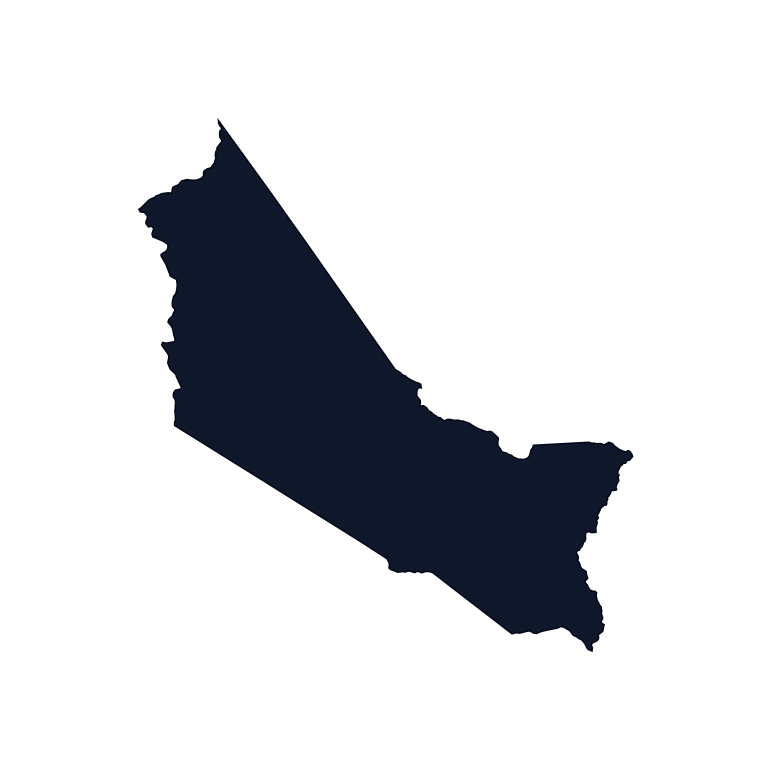 Loreto, Maranhão, Brazil (Robinson projection), rotated 110°
{"feature_id": "56859067B64584099419455", "entity_name": "Loreto", "entity_type": "district", "adm_level": 2, "iso_a3": "BRA", "parent_name": "Brazil", "parent_adm1": "Maranhão", "projection": "robinson", "projection_center": [-45.236, -7.204], "detail": "fine", "context": "isolated", "style": "filled", "palette": "ink", "viewbox_px": 768, "rotation_deg": 110, "n_neighbors": 0, "source": "geoboundaries", "source_scale": "gbopen_adm2", "svg_char_len": 4664}
<svg xmlns="http://www.w3.org/2000/svg" viewBox="0 0 768 768"><g transform="rotate(110 384 384)"><path d="M563.8,97.2L560.5,98.0L558.4,100.0L555.9,99.6L554.2,97.7L552.9,96.4L550.9,95.4L548.9,95.5L546.4,97.0L544.9,96.0L542.8,94.5L541.1,93.9L539.4,94.2L537.2,94.6L534.9,94.8L534.4,97.6L532.4,99.0L530.7,98.3L528.6,98.7L527.0,100.0L525.3,101.3L522.6,101.8L521.3,102.8L519.2,103.7L518.1,105.9L516.1,107.6L514.8,109.4L511.9,111.4L509.8,112.4L507.5,112.8L506.6,114.6L507.3,117.0L507.2,119.9L506.0,121.4L505.0,122.8L503.2,124.4L502.1,126.7L500.0,127.6L496.9,126.1L495.4,127.4L493.3,128.8L491.1,129.9L490.3,132.9L490.0,135.1L488.6,136.7L486.3,138.5L485.0,139.5L483.7,141.6L481.0,141.9L478.7,143.3L477.3,145.2L475.5,145.7L474.2,144.8L473.2,143.5L471.1,143.4L469.2,142.4L466.7,142.2L465.1,142.4L462.7,141.4L460.4,141.6L457.5,143.0L454.3,143.3L452.6,141.0L452.6,138.1L452.0,136.5L450.8,134.1L448.9,134.8L447.0,135.7L445.4,135.9L443.1,136.0L441.0,136.4L439.5,137.7L436.5,136.7L434.4,138.6L430.5,138.0L426.7,137.8L425.2,137.3L424.0,136.2L422.3,135.7L421.9,133.9L420.3,133.7L418.6,134.6L416.8,134.4L414.9,134.6L413.8,135.9L412.8,134.5L410.5,134.0L408.3,133.8L406.2,133.8L405.2,131.1L403.8,129.2L401.5,130.8L398.0,131.0L394.7,130.2L393.0,131.2L391.1,132.3L389.3,131.9L388.2,133.8L385.7,134.3L383.6,134.2L382.0,133.9L380.4,133.8L378.8,132.7L376.8,132.1L376.0,130.2L374.4,129.6L372.3,129.1L371.7,127.2L367.0,125.5L365.0,127.4L363.2,130.0L363.2,132.0L364.7,132.9L365.3,135.2L365.3,137.6L365.0,141.0L364.4,142.6L363.4,146.3L362.0,148.5L361.8,150.6L361.9,152.8L365.8,156.2L365.9,160.2L367.6,164.3L367.7,166.5L368.6,168.2L368.6,171.4L390.5,222.7L393.0,222.4L395.6,223.3L400.1,222.8L402.0,222.9L404.7,223.8L405.7,225.1L406.9,226.2L408.7,232.3L408.5,234.9L408.3,237.7L407.4,239.7L407.6,242.3L407.0,246.1L407.3,248.3L407.3,250.2L405.5,251.9L404.1,254.3L401.8,256.5L399.0,257.3L395.7,258.1L394.3,261.1L392.2,266.2L392.4,268.6L393.8,270.9L393.7,280.6L392.5,287.4L391.8,290.0L391.7,292.8L391.8,295.3L391.8,297.3L392.5,298.9L392.5,301.8L393.9,304.9L394.3,306.5L394.6,309.5L395.4,312.0L398.1,314.9L396.4,320.0L397.1,322.0L396.3,323.8L395.6,327.5L394.4,329.7L394.0,332.8L391.7,335.9L390.9,339.6L392.6,342.9L389.5,343.3L387.0,344.4L383.9,349.2L378.9,350.8L376.9,350.7L375.2,349.7L374.9,347.6L371.7,349.4L371.3,352.1L371.5,354.7L371.0,360.1L369.9,365.0L369.1,366.5L369.3,368.6L368.6,370.9L367.7,372.4L366.9,376.8L366.5,378.5L317.3,449.0L291.8,485.5L273.9,511.1L270.6,515.9L265.9,522.8L244.6,553.6L236.8,565.0L193.0,629.7L195.4,628.6L197.6,626.6L198.6,624.4L200.8,623.8L202.2,624.7L204.7,624.2L208.4,622.6L210.2,619.9L212.3,619.4L214.6,620.4L216.9,621.0L219.0,621.7L220.8,621.1L222.8,621.5L224.4,621.3L226.9,620.7L229.7,619.2L231.6,619.3L234.6,619.0L237.6,620.1L239.7,620.2L242.7,624.1L245.6,626.0L247.4,625.8L249.5,624.8L252.3,625.4L253.8,626.7L256.0,629.2L257.5,632.1L258.7,636.2L259.3,639.0L260.8,641.3L262.2,643.5L265.0,644.6L267.0,645.2L269.6,648.0L271.2,649.6L274.0,649.5L275.4,648.8L277.6,649.5L278.0,651.9L281.1,657.9L283.3,660.1L285.3,662.6L287.2,663.4L289.3,665.9L291.3,667.7L294.2,669.1L301.4,672.5L303.7,674.1L305.6,671.9L304.7,667.8L307.0,664.0L309.1,663.1L313.3,663.2L315.0,662.2L317.0,659.0L315.8,657.5L315.5,655.5L316.8,653.6L322.5,653.3L324.8,651.5L325.3,640.7L326.4,635.8L327.8,634.3L330.5,633.5L334.3,634.4L336.6,636.6L338.8,637.8L340.3,636.8L346.3,629.7L354.0,623.0L355.5,621.9L356.1,619.5L356.7,614.7L361.3,612.3L366.1,611.0L370.2,610.6L373.7,611.7L379.3,611.0L383.0,609.6L384.3,608.4L385.1,606.3L386.7,605.7L389.5,606.2L391.9,606.0L397.0,608.3L399.8,608.1L402.5,603.4L404.0,602.1L405.5,600.8L408.1,599.3L409.9,598.2L412.3,596.4L414.2,595.2L416.0,595.5L420.3,602.9L420.6,606.2L423.4,606.4L427.9,599.8L430.1,596.8L431.7,595.7L434.8,594.9L438.0,594.5L441.3,591.7L443.3,589.7L445.0,585.4L446.3,582.8L448.0,581.7L456.6,573.1L458.3,573.5L461.3,578.0L464.1,578.6L466.4,578.3L468.1,577.5L470.0,575.0L472.1,573.7L479.7,571.5L481.3,571.2L482.9,570.2L484.4,569.6L488.9,567.7L491.3,567.7L494.6,566.6L516.3,463.9L525.2,422.5L532.7,387.0L540.1,352.2L547.1,321.6L550.2,318.1L552.2,317.1L555.2,316.4L556.0,314.4L556.0,310.7L556.2,306.9L553.8,302.0L553.3,299.5L551.7,297.7L550.9,295.4L550.8,292.5L550.6,290.5L548.8,289.0L548.3,286.6L548.6,284.2L545.8,280.5L544.8,277.3L544.6,273.9L546.3,268.3L551.6,252.0L575.0,178.2L572.5,174.7L571.7,171.4L570.8,169.8L569.5,168.1L566.8,164.1L566.2,162.1L566.9,158.3L566.2,155.3L562.7,151.5L559.3,146.2L553.8,137.3L551.6,135.3L551.2,133.3L551.0,131.2L551.6,128.6L552.2,125.1L554.1,122.2L555.5,119.9L555.6,116.7L556.5,114.1L556.7,111.2L557.7,108.9L560.1,105.5L563.1,102.4L563.7,100.6L563.8,97.2Z" fill="#0f172a" stroke="#020617" stroke-width="1.5"/></g></svg>